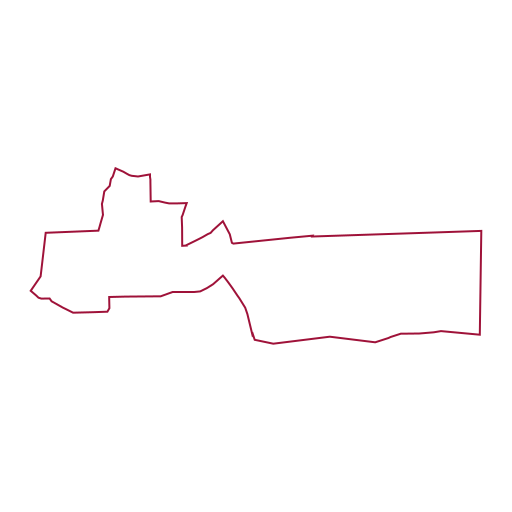 the district of New Cairo-1, Al Qahirah, Egypt
{"feature_id": "37247803B99181648743437", "entity_name": "New Cairo-1", "entity_type": "district", "adm_level": 2, "iso_a3": "EGY", "parent_name": "Egypt", "parent_adm1": "Al Qahirah", "projection": "orthographic", "projection_center": [31.499, 30.025], "detail": "fine", "context": "isolated", "style": "outline", "palette": "rose", "viewbox_px": 512, "rotation_deg": 0, "n_neighbors": 0, "source": "geoboundaries", "source_scale": "gbopen_adm2", "svg_char_len": 1406}
<svg xmlns="http://www.w3.org/2000/svg" viewBox="0 0 512 512"><path d="M30.7,290.8L36.2,295.5L38.5,297.7L41.3,298.6L49.6,298.5L51.6,301.3L63.0,307.7L65.7,309.0L73.1,312.7L92.9,312.2L107.4,311.7L109.4,308.2L109.2,299.1L109.2,297.0L125.3,296.6L160.7,296.3L172.6,292.0L194.2,292.0L200.2,291.4L206.9,288.1L213.1,284.2L219.9,278.2L222.9,275.6L224.7,277.7L228.5,282.7L232.6,288.4L237.5,295.7L239.3,298.2L245.2,307.7L247.4,314.1L252.4,334.8L252.8,334.1L254.7,339.8L273.3,343.7L329.8,336.7L375.2,342.3L388.5,338.0L390.6,337.0L400.8,333.7L411.1,333.6L419.4,333.5L433.8,332.3L441.0,331.1L479.8,334.7L481.3,230.9L424.8,232.8L312.6,236.5L311.8,236.5L311.8,236.4L312.3,235.7L290.8,237.7L235.2,243.4L233.4,243.6L231.9,242.8L229.8,234.3L222.9,221.2L221.5,222.5L213.0,230.2L210.6,232.9L207.8,234.1L202.6,237.1L199.5,238.7L194.3,241.3L185.7,245.5L185.8,245.6L182.2,245.8L182.1,227.7L181.7,217.0L182.6,215.1L185.5,206.4L186.7,203.1L176.9,203.4L169.1,203.4L165.0,202.6L158.7,201.1L154.5,201.3L150.7,201.5L150.4,181.8L150.4,179.5L150.0,176.9L150.0,174.4L142.5,175.7L138.0,176.5L135.4,176.2L131.7,175.8L129.3,175.1L128.6,174.7L127.1,173.9L123.3,171.7L115.5,168.3L112.8,176.5L110.9,179.1L109.7,185.9L104.3,191.4L102.8,200.5L101.9,204.0L102.0,204.6L102.9,214.2L103.0,214.7L103.0,214.8L100.5,223.4L99.5,227.0L98.4,230.7L97.5,230.7L45.7,232.8L41.5,268.9L40.6,276.4L30.7,290.8Z" fill="none" stroke="#9f1239" stroke-width="2"/></svg>